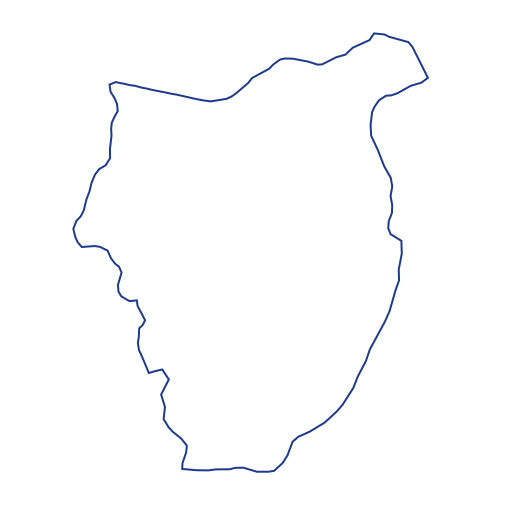 the district of São Simão, Goiás, Brazil, rotated 357°
{"feature_id": "56859067B52183336180672", "entity_name": "São Simão", "entity_type": "district", "adm_level": 2, "iso_a3": "BRA", "parent_name": "Brazil", "parent_adm1": "Goiás", "projection": "robinson", "projection_center": [-50.604, -19.016], "detail": "fine", "context": "isolated", "style": "outline", "palette": "blue", "viewbox_px": 512, "rotation_deg": 357, "n_neighbors": 0, "source": "geoboundaries", "source_scale": "gbopen_adm2", "svg_char_len": 1872}
<svg xmlns="http://www.w3.org/2000/svg" viewBox="0 0 512 512"><g transform="rotate(357 256 256)"><path d="M437.0,87.1L423.2,55.5L419.4,50.4L400.3,44.0L395.9,41.5L385.5,39.9L380.7,46.3L363.6,53.0L355.8,59.6L346.6,61.7L332.1,68.1L327.5,68.1L318.6,64.7L302.8,60.8L295.2,60.3L290.5,61.0L283.1,65.8L278.9,69.7L261.5,78.0L257.0,83.0L244.2,92.8L239.8,95.5L234.8,97.5L227.7,98.3L218.6,99.2L211.3,97.8L203.3,95.8L184.5,90.5L180.1,89.6L174.3,88.0L168.7,86.6L162.1,85.0L155.3,83.0L150.4,81.8L144.1,79.7L139.1,78.8L134.7,77.5L125.0,75.0L118.7,77.2L119.4,84.6L122.8,90.5L125.2,97.0L125.5,104.1L121.7,110.0L118.9,115.5L118.0,121.7L118.0,128.3L116.9,134.8L115.8,141.2L115.4,150.8L110.5,157.6L104.1,160.9L99.4,166.4L95.6,174.3L93.0,183.1L89.6,190.6L87.9,196.5L86.4,201.4L83.2,207.0L78.4,211.7L75.0,219.5L76.7,228.1L78.8,233.2L82.5,237.9L95.5,237.6L100.7,238.7L108.1,242.9L111.0,250.6L114.9,256.3L118.6,259.5L120.9,265.5L116.6,277.7L116.8,284.3L119.4,289.3L127.2,294.4L134.7,294.1L135.1,299.6L141.9,314.3L139.3,318.9L135.6,322.1L134.7,330.8L133.5,336.6L134.2,343.8L136.9,350.5L142.9,367.2L148.7,365.8L156.4,364.4L162.5,374.7L154.0,389.4L157.2,402.0L155.2,414.1L159.8,422.5L163.7,427.2L171.7,434.3L177.0,441.7L176.0,448.4L171.7,459.2L171.2,464.8L185.4,466.8L197.1,467.6L204.7,467.0L218.1,467.6L224.1,466.5L232.1,466.7L245.7,471.5L257.3,472.1L262.8,471.5L271.9,464.0L277.0,456.7L282.8,443.4L288.8,438.7L300.5,434.2L316.1,425.8L328.7,415.3L334.8,408.9L346.3,392.8L351.5,381.4L360.2,366.7L364.8,355.3L381.3,328.3L386.5,318.0L393.5,297.7L397.6,287.7L397.8,277.1L401.7,261.3L402.0,248.5L391.5,241.2L389.5,235.1L390.4,228.2L394.0,220.1L394.7,212.3L393.5,203.2L395.7,193.8L394.7,185.1L388.7,173.1L383.1,156.2L377.3,142.0L377.3,130.9L379.5,118.3L382.1,113.3L386.9,107.0L394.3,102.7L399.4,102.7L406.0,100.8L419.3,94.2L430.1,91.6L437.0,87.1Z" fill="none" stroke="#1e3a8a" stroke-width="2"/></g></svg>